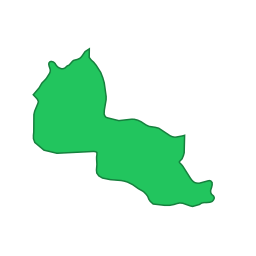 SVG path tracing the border of Dowa, rotated 13°
{"feature_id": "MWI-1908", "entity_name": "Dowa", "entity_type": "District", "adm_level": 1, "iso_a3": "MWI", "parent_name": "Malawi", "parent_adm1": "", "projection": "albers", "projection_center": [33.856, -13.529], "detail": "fine", "context": "isolated", "style": "filled", "palette": "green", "viewbox_px": 256, "rotation_deg": 13, "n_neighbors": 0, "source": "natural_earth", "source_scale": "10m", "svg_char_len": 1904}
<svg xmlns="http://www.w3.org/2000/svg" viewBox="0 0 256 256"><g transform="rotate(13 128 128)"><path d="M184.8,122.4L188.3,139.5L188.2,142.3L187.6,145.9L186.5,147.7L185.6,149.3L185.9,150.1L188.6,151.8L190.1,153.0L200.2,163.0L202.1,164.6L204.0,165.7L205.7,166.2L207.6,166.2L209.8,165.8L217.8,161.5L219.3,160.9L220.6,161.0L222.2,162.2L222.8,164.5L222.8,167.0L222.6,169.2L222.6,170.7L223.3,172.6L224.5,173.9L226.6,175.0L227.5,176.1L227.8,177.0L227.6,178.5L227.1,179.6L226.5,180.6L225.4,181.4L224.3,182.0L221.0,183.1L218.8,183.6L217.4,184.2L216.5,184.7L216.1,185.1L215.8,185.4L214.9,186.4L208.6,189.9L206.3,189.9L198.2,189.0L195.3,189.4L192.7,190.6L190.0,192.2L185.9,194.0L181.2,195.1L169.6,196.4L166.2,194.5L164.3,192.7L163.1,190.9L162.4,190.0L160.6,188.5L157.8,186.7L156.3,186.1L151.8,184.8L145.2,182.1L139.7,180.8L136.2,180.6L133.2,180.7L122.3,182.3L114.4,182.5L110.3,181.2L107.7,178.9L106.7,176.0L105.9,170.5L104.4,165.4L103.9,163.2L103.7,160.9L103.2,158.9L102.0,158.4L100.0,158.5L64.4,168.6L51.1,168.5L40.5,163.1L38.3,159.7L37.5,156.4L37.1,153.2L33.3,136.1L33.3,132.5L34.7,124.2L34.7,122.4L33.6,120.8L32.5,119.8L28.2,116.9L32.4,108.8L34.0,103.6L36.8,99.0L37.5,97.5L39.3,92.3L39.5,91.0L39.4,89.7L39.1,88.6L38.5,87.5L37.3,85.6L36.8,84.5L36.4,83.5L36.4,82.2L37.0,81.1L38.1,80.4L40.1,80.4L41.4,80.9L42.5,81.6L43.2,82.4L44.9,83.8L45.6,84.2L46.4,84.6L47.5,84.9L48.8,85.1L50.2,85.2L51.6,84.7L53.0,83.8L54.7,81.3L56.5,79.9L59.0,75.3L59.9,74.3L63.2,72.6L65.2,71.1L66.1,70.0L67.0,68.3L69.0,63.2L72.5,59.6L74.3,67.9L75.4,68.9L77.1,70.2L79.7,71.6L82.9,74.1L88.9,80.0L92.1,84.7L94.7,89.4L99.6,102.2L100.3,105.4L100.9,115.8L101.6,119.8L102.9,121.6L104.1,122.5L105.7,122.7L117.4,122.9L129.6,118.6L132.2,118.1L135.7,118.2L139.2,118.9L144.9,121.0L148.1,121.7L154.5,121.2L158.0,121.3L170.8,126.1L173.1,126.5L175.0,126.5L176.5,126.2L182.8,123.5L184.8,122.4Z" fill="#22c55e" stroke="#15803d" stroke-width="1.5"/></g></svg>